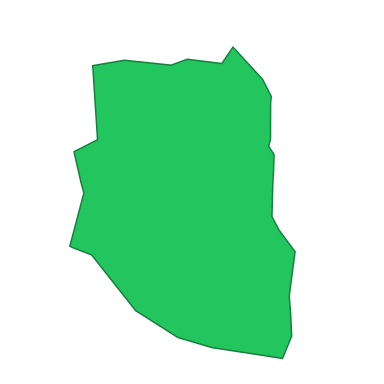 Deren, Dundgovi, Mongolia, rotated 190°
{"feature_id": "93677404B83823475122235", "entity_name": "Deren", "entity_type": "district", "adm_level": 2, "iso_a3": "MNG", "parent_name": "Mongolia", "parent_adm1": "Dundgovi", "projection": "natural_earth1", "projection_center": [106.741, 46.214], "detail": "fine", "context": "isolated", "style": "filled", "palette": "green", "viewbox_px": 384, "rotation_deg": 190, "n_neighbors": 0, "source": "geoboundaries", "source_scale": "gbopen_adm2", "svg_char_len": 574}
<svg xmlns="http://www.w3.org/2000/svg" viewBox="0 0 384 384"><g transform="rotate(190 192 192)"><path d="M74.0,43.8L68.8,67.3L74.0,90.4L78.2,106.5L80.1,151.1L99.4,169.3L109.0,181.6L113.1,209.0L114.7,220.4L115.0,224.6L117.7,243.1L124.4,250.3L123.9,257.8L130.0,293.1L130.5,299.9L142.1,315.2L176.8,341.8L184.9,323.7L219.7,321.9L234.6,313.3L281.5,310.0L311.7,299.2L294.1,227.1L315.2,211.2L303.0,182.2L298.3,172.2L302.9,117.4L299.4,116.4L279.9,112.6L227.0,65.4L180.5,46.2L145.1,42.2L116.0,42.9L74.0,43.8L74.0,43.8Z" fill="#22c55e" stroke="#15803d" stroke-width="1.5"/></g></svg>